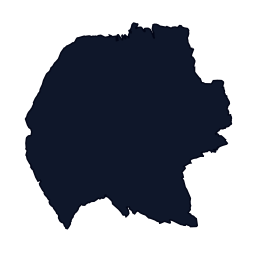 Pacureti, Prahova, Romania, rotated 265°
{"feature_id": "2599482B22577763197950", "entity_name": "Pacureti", "entity_type": "district", "adm_level": 2, "iso_a3": "ROU", "parent_name": "Romania", "parent_adm1": "Prahova", "projection": "albers", "projection_center": [26.139, 45.145], "detail": "fine", "context": "isolated", "style": "filled", "palette": "ink", "viewbox_px": 256, "rotation_deg": 265, "n_neighbors": 0, "source": "geoboundaries", "source_scale": "gbopen_adm2", "svg_char_len": 5803}
<svg xmlns="http://www.w3.org/2000/svg" viewBox="0 0 256 256"><g transform="rotate(265 128 128)"><path d="M167.7,217.1L165.5,215.7L164.5,214.2L164.8,213.5L165.3,208.6L166.4,206.9L166.7,205.4L167.3,205.1L170.8,204.2L171.9,203.0L177.7,199.3L178.7,199.2L182.7,199.6L182.7,198.8L183.4,198.6L186.9,199.7L187.7,200.1L189.0,200.4L191.6,199.4L192.9,198.5L193.4,197.5L194.2,197.3L196.0,197.8L200.6,200.0L200.9,199.9L200.8,198.6L201.8,198.5L201.9,197.6L202.4,196.8L204.1,196.6L208.4,195.0L209.3,195.2L212.9,194.8L213.9,195.6L216.6,196.6L219.2,196.6L220.0,196.9L221.2,196.4L221.9,195.8L222.7,192.8L223.1,191.9L223.9,190.5L224.9,190.1L225.3,189.6L225.5,188.2L224.2,186.9L223.8,186.2L224.0,184.9L224.5,183.8L224.4,181.0L223.8,180.4L223.8,179.2L225.0,176.8L225.1,176.3L225.7,175.6L225.1,174.3L226.7,168.5L227.9,167.2L228.8,165.2L229.0,163.4L228.7,162.0L224.7,160.9L223.5,161.0L221.0,161.9L217.8,161.7L215.7,162.1L215.4,161.9L215.6,161.5L221.5,160.0L222.7,159.2L223.9,158.8L224.6,158.1L225.4,157.1L225.6,156.3L225.7,153.7L225.5,153.3L224.9,152.7L223.2,153.5L222.6,153.2L222.7,152.6L223.0,152.2L226.5,150.5L227.3,149.6L227.3,147.7L227.0,146.3L226.5,145.3L226.6,144.6L227.0,144.4L227.6,144.6L228.7,146.0L230.5,146.8L231.0,146.2L230.9,145.2L231.7,143.9L232.0,142.6L230.6,141.1L227.3,140.0L225.6,138.9L225.0,138.8L223.4,139.7L222.7,139.4L223.0,139.0L225.1,138.3L225.2,137.9L225.0,137.5L222.4,138.0L221.5,137.1L220.2,136.7L217.9,136.7L218.1,136.0L219.0,135.6L219.6,134.3L220.9,133.4L221.0,133.0L220.4,132.6L218.1,133.6L217.1,133.4L217.1,132.9L219.9,131.1L220.6,130.9L221.0,130.4L220.6,130.0L220.2,129.9L217.4,130.6L216.5,130.3L216.4,129.8L217.1,129.2L221.7,126.5L221.7,126.0L221.4,125.5L220.7,125.3L216.2,125.6L216.0,124.1L220.5,124.1L220.3,120.3L221.2,119.4L222.1,117.6L220.7,117.9L220.3,113.0L222.7,109.0L222.6,106.7L221.8,104.7L222.3,103.7L222.2,102.1L222.5,101.2L222.1,99.1L222.2,98.8L222.7,98.5L223.1,97.4L222.9,93.2L223.3,92.4L222.1,86.4L222.1,85.3L220.9,84.2L218.6,82.8L217.5,81.4L217.6,80.3L216.3,78.1L215.2,75.3L214.9,74.1L213.2,72.2L213.2,71.5L209.0,67.9L202.8,64.8L200.1,62.0L199.0,60.6L196.0,58.5L194.6,56.6L192.7,55.8L191.2,54.8L189.6,52.5L188.8,51.6L182.8,48.1L178.7,46.6L174.4,44.1L171.6,43.3L170.2,41.8L168.4,40.8L165.5,38.4L161.5,36.1L160.1,36.3L157.9,34.9L156.3,34.2L155.9,33.6L154.8,32.9L152.3,30.4L149.9,28.9L148.1,28.3L145.9,26.7L139.8,28.2L137.1,29.4L136.0,30.8L135.3,31.3L132.6,31.8L129.2,30.9L128.9,30.2L128.8,28.3L128.6,27.9L127.3,26.3L126.3,25.9L121.8,25.0L117.4,25.0L116.1,24.5L114.7,25.5L114.0,25.6L110.0,24.1L109.5,24.2L109.2,24.6L106.0,24.9L101.1,27.1L100.8,27.6L99.0,28.1L98.7,28.0L98.4,28.4L98.1,28.3L97.9,28.5L97.4,28.4L97.8,28.2L97.5,27.8L97.1,28.2L96.7,28.2L95.7,28.7L95.2,29.3L95.2,29.7L87.0,31.9L83.4,33.5L82.9,33.7L83.5,36.2L82.2,36.6L80.3,35.0L78.8,35.2L73.5,37.6L71.5,39.1L70.0,38.9L68.6,39.5L66.1,41.5L63.8,42.6L63.4,43.4L62.3,43.5L60.8,43.1L59.0,43.6L57.2,45.0L56.1,46.5L54.1,47.2L50.9,49.2L49.3,49.6L48.4,50.6L47.2,51.2L46.5,51.4L44.5,51.0L41.4,52.1L40.0,53.4L39.3,54.9L38.7,55.6L36.1,56.2L34.6,57.3L33.7,57.3L33.4,57.7L33.0,58.9L35.0,60.5L37.5,62.2L39.2,62.2L39.8,63.0L41.5,63.3L43.0,64.3L44.2,65.5L45.7,65.8L46.9,66.9L47.7,67.3L49.2,69.4L51.1,71.0L53.3,71.9L55.9,74.7L56.0,75.3L55.2,76.1L54.9,77.8L55.2,78.7L56.0,79.2L56.9,81.1L57.4,81.6L57.0,82.7L58.1,85.1L58.0,87.8L59.6,90.8L60.3,91.5L60.6,92.1L60.6,92.5L59.9,93.6L60.1,94.6L61.0,95.4L60.3,96.6L60.3,97.6L61.0,98.7L62.8,99.1L63.1,100.0L61.9,100.1L61.4,101.4L60.5,102.5L56.8,105.6L55.7,106.0L53.8,106.1L47.9,111.7L44.6,114.1L42.0,115.4L41.7,115.8L41.7,117.3L41.0,117.9L39.8,118.3L41.6,120.5L43.0,121.4L46.3,121.0L49.1,119.7L49.4,122.2L48.4,122.6L47.1,122.7L45.3,125.0L44.7,125.0L44.3,125.5L43.2,125.4L42.0,126.9L41.9,127.1L44.1,129.1L44.5,130.0L44.4,130.8L43.8,131.7L42.5,132.9L41.1,135.3L39.9,138.0L36.7,140.8L36.2,142.7L34.0,147.2L32.8,148.7L31.7,151.3L30.4,151.3L30.4,151.7L31.0,152.3L30.7,152.7L31.7,155.6L31.8,156.5L29.7,161.3L29.7,161.6L30.2,161.9L32.6,161.4L32.9,161.7L33.0,162.1L31.9,164.6L27.4,172.1L26.9,174.0L26.3,175.1L26.1,176.6L26.9,177.0L26.9,177.9L26.3,178.7L25.5,180.7L24.3,181.7L24.0,187.4L24.1,187.8L24.9,188.5L31.7,188.1L32.8,186.8L34.3,185.6L35.3,183.5L36.7,182.8L37.7,181.0L38.2,180.6L38.9,180.8L41.2,182.9L43.2,182.8L45.1,183.6L46.9,183.2L49.5,183.3L52.5,184.0L61.4,181.1L63.9,179.8L70.8,178.7L73.4,177.2L74.2,178.8L77.1,178.4L79.1,177.7L82.7,181.4L83.2,181.4L84.9,180.3L87.6,185.7L87.7,187.7L89.0,187.1L90.0,187.0L90.3,187.1L91.4,188.1L92.2,190.9L92.3,193.4L93.5,197.1L93.6,198.2L93.3,200.5L93.7,200.6L94.9,199.7L95.8,199.6L96.0,198.7L97.0,198.9L97.3,199.3L97.5,201.5L97.4,202.2L97.7,203.0L97.7,204.9L98.5,205.8L98.7,206.9L98.3,208.0L97.6,208.9L96.8,209.1L97.4,210.4L96.9,211.1L96.8,211.9L96.4,212.7L96.8,213.2L97.3,213.2L99.0,211.8L99.0,213.0L98.5,214.5L99.5,215.4L100.1,214.9L100.5,215.6L101.2,216.0L101.1,216.3L100.7,216.2L100.7,216.5L101.2,216.7L101.8,218.2L102.6,220.9L103.4,224.9L104.2,225.6L106.7,223.8L107.5,223.8L107.9,224.1L108.4,223.4L109.5,222.6L112.0,220.2L112.3,217.6L113.2,217.6L114.3,216.7L114.4,215.1L114.2,214.9L114.7,214.6L115.2,214.9L115.7,215.8L116.5,216.4L117.2,217.4L117.4,218.2L118.9,219.3L119.3,220.8L119.0,221.9L119.1,223.1L119.5,223.5L119.3,224.7L119.5,224.9L120.0,224.7L120.3,224.9L120.9,228.3L122.4,230.0L122.7,231.0L123.3,231.4L126.1,230.9L126.2,231.4L127.9,231.5L128.7,231.9L130.4,231.7L131.1,231.3L132.2,231.3L132.3,231.2L132.1,230.1L132.4,229.1L135.3,229.6L137.2,229.0L137.3,228.5L138.1,228.1L140.4,229.1L140.9,228.9L142.6,230.6L143.5,231.1L145.3,231.0L149.8,229.0L151.2,229.1L151.6,228.5L151.7,227.7L153.3,227.6L154.6,226.7L155.6,227.2L157.1,227.2L158.0,226.8L160.1,226.7L160.3,225.6L161.2,226.0L162.3,226.1L162.9,226.5L163.9,226.6L164.3,227.0L165.5,227.0L166.7,225.8L167.1,225.1L167.6,221.2L167.7,217.1Z" fill="#0f172a" stroke="#020617" stroke-width="1.5"/></g></svg>